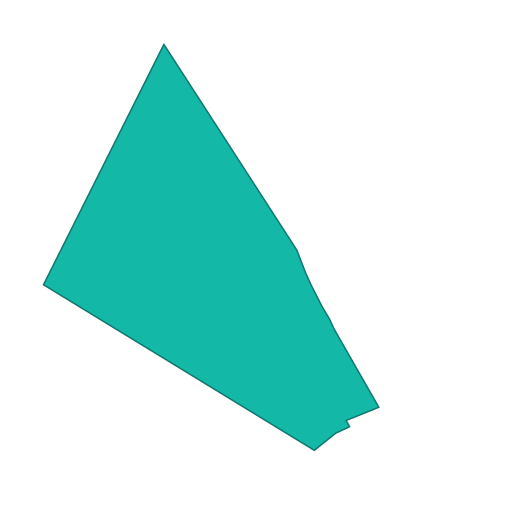 Teyarett, Nouakchott, Mauritania (Natural Earth projection), rotated 297°
{"feature_id": "47542326B65700672861559", "entity_name": "Teyarett", "entity_type": "district", "adm_level": 2, "iso_a3": "MRT", "parent_name": "Mauritania", "parent_adm1": "Nouakchott", "projection": "natural_earth1", "projection_center": [-15.928, 18.147], "detail": "fine", "context": "isolated", "style": "filled", "palette": "teal", "viewbox_px": 512, "rotation_deg": 297, "n_neighbors": 0, "source": "geoboundaries", "source_scale": "gbopen_adm2", "svg_char_len": 348}
<svg xmlns="http://www.w3.org/2000/svg" viewBox="0 0 512 512"><g transform="rotate(297 256 256)"><path d="M279.8,289.7L402.7,77.9L395.2,77.9L133.9,79.7L109.3,396.2L134.4,407.5L146.4,416.9L150.4,411.0L177.0,434.1L226.2,359.0L233.2,350.1L240.7,338.2L255.3,318.1L263.3,308.1L279.8,289.7Z" fill="#14b8a6" stroke="#0f766e" stroke-width="1.5"/></g></svg>